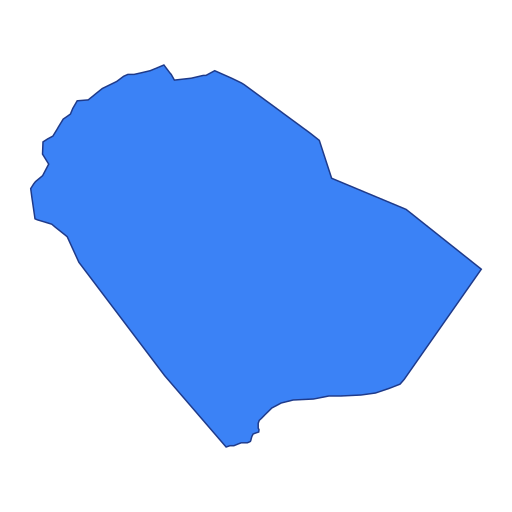 City Gate, Castries, Saint Lucia
{"feature_id": "8701671B55145671844028", "entity_name": "City Gate", "entity_type": "district", "adm_level": 2, "iso_a3": "LCA", "parent_name": "Saint Lucia", "parent_adm1": "Castries", "projection": "natural_earth1", "projection_center": [-60.982, 14.021], "detail": "fine", "context": "isolated", "style": "filled", "palette": "blue", "viewbox_px": 512, "rotation_deg": 0, "n_neighbors": 0, "source": "geoboundaries", "source_scale": "gbopen_adm2", "svg_char_len": 1219}
<svg xmlns="http://www.w3.org/2000/svg" viewBox="0 0 512 512"><path d="M481.3,269.2L406.1,209.4L365.2,192.3L332.7,178.7L331.6,178.2L319.3,140.4L318.3,139.6L310.6,133.5L245.6,85.7L244.1,84.6L241.5,83.0L237.2,80.9L231.6,78.2L214.7,70.7L206.0,75.4L203.4,75.4L202.4,75.6L191.3,78.2L174.4,80.1L171.2,74.4L170.4,73.5L169.7,72.7L163.9,65.0L150.2,70.7L140.4,73.0L134.1,74.4L127.9,74.4L123.6,76.3L116.8,81.4L114.6,82.5L102.3,88.5L96.8,92.9L88.2,99.9L77.2,100.8L72.8,108.4L70.4,114.1L63.2,119.1L58.2,127.3L57.5,128.6L52.9,136.1L47.8,138.8L43.0,141.9L42.6,152.0L42.5,154.1L48.7,164.1L42.6,175.7L41.5,176.6L37.9,179.6L35.5,181.6L33.7,183.9L30.7,188.6L31.7,196.1L35.0,218.8L37.3,219.8L51.8,224.2L55.2,227.1L67.2,236.7L78.9,262.3L85.4,270.9L164.6,375.6L226.1,447.0L230.0,445.7L233.9,445.7L237.8,444.1L241.2,442.8L244.2,442.8L247.3,442.8L249.0,442.1L250.4,441.4L250.9,440.1L251.2,438.8L251.8,436.6L253.1,434.0L255.7,433.0L258.7,432.0L259.0,429.7L258.2,428.1L258.2,425.5L258.2,423.2L259.3,420.3L261.5,418.3L264.6,415.1L271.8,408.0L281.2,403.0L293.1,400.0L313.5,399.0L328.8,396.0L340.7,396.0L361.0,395.0L375.5,393.0L389.9,388.1L400.1,384.1L404.4,379.1L405.7,377.2L481.3,269.2Z" fill="#3b82f6" stroke="#1e3a8a" stroke-width="1.5"/></svg>